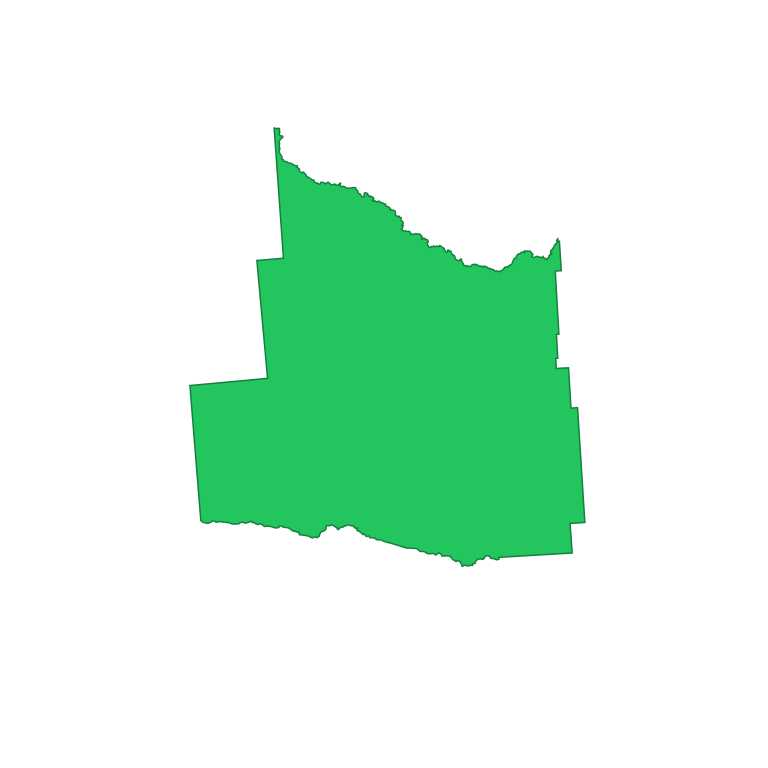 the district of Las Flores, Buenos Aires, Argentina, rotated 42°
{"feature_id": "61730980B33948495129875", "entity_name": "Las Flores", "entity_type": "district", "adm_level": 2, "iso_a3": "ARG", "parent_name": "Argentina", "parent_adm1": "Buenos Aires", "projection": "orthographic", "projection_center": [-59.196, -36.018], "detail": "fine", "context": "isolated", "style": "filled", "palette": "green", "viewbox_px": 768, "rotation_deg": 42, "n_neighbors": 0, "source": "geoboundaries", "source_scale": "gbopen_adm2", "svg_char_len": 6158}
<svg xmlns="http://www.w3.org/2000/svg" viewBox="0 0 768 768"><g transform="rotate(42 384 384)"><path d="M131.1,267.3L225.1,357.8L206.9,377.3L293.7,457.7L240.8,515.0L339.3,608.1L342.1,607.9L346.3,605.5L347.5,603.3L348.3,601.3L348.5,600.1L349.0,599.5L351.6,599.1L352.2,598.1L353.2,597.6L353.9,596.0L357.0,594.2L357.5,593.4L360.0,592.2L361.1,590.9L363.6,590.2L365.6,589.1L369.4,585.4L369.8,584.4L369.6,583.7L370.8,582.0L372.2,580.9L374.1,580.2L376.7,576.0L377.3,574.7L378.2,574.6L378.7,575.1L381.5,573.4L382.4,573.7L384.0,573.1L384.5,572.6L385.0,571.2L386.7,570.1L390.5,569.9L392.3,567.7L394.6,566.0L400.0,563.5L400.8,562.1L401.8,561.3L401.9,560.9L401.3,560.4L401.2,559.8L401.7,559.0L403.5,557.8L404.9,557.9L405.5,557.2L408.1,555.7L409.0,554.9L414.6,554.2L415.3,553.5L416.3,553.4L416.9,552.6L419.1,552.0L419.5,551.1L419.9,551.0L420.3,551.0L421.4,552.5L422.3,552.4L426.0,549.7L430.1,547.3L432.2,547.0L434.1,546.0L434.7,544.0L437.1,543.1L436.9,542.1L437.6,541.3L437.5,540.6L437.8,540.2L436.9,539.1L436.2,536.2L436.2,535.4L437.1,534.8L438.0,532.0L438.0,531.2L437.5,530.0L436.0,528.3L435.9,527.8L437.7,526.5L438.0,525.9L438.8,525.2L439.1,524.0L440.3,523.2L444.7,522.5L445.0,522.1L445.7,522.3L446.5,523.1L447.2,523.0L447.6,521.7L447.5,520.5L447.9,519.2L449.3,517.7L449.6,515.8L450.2,515.5L452.0,512.1L453.9,511.8L455.0,510.8L456.8,509.8L458.1,510.6L459.0,510.0L459.8,510.2L460.7,508.8L461.6,509.7L461.7,510.8L462.1,511.0L463.1,510.2L463.8,510.1L467.8,509.8L468.9,510.1L469.3,508.7L472.9,509.2L474.1,507.3L474.8,507.2L476.5,507.7L477.6,506.4L480.3,504.9L483.5,504.3L484.3,503.1L485.6,502.1L490.2,500.6L492.7,499.2L493.3,499.2L494.1,498.1L494.9,498.1L510.3,490.9L518.2,484.5L520.1,484.2L522.4,484.4L523.1,484.1L525.3,482.1L527.1,481.3L528.0,481.4L530.4,480.7L534.2,476.8L534.8,476.5L535.9,476.7L536.9,476.4L537.4,474.6L537.3,474.0L538.1,472.8L540.3,472.2L542.3,473.1L543.4,471.6L544.2,471.4L544.8,470.2L546.6,469.1L547.0,468.5L548.3,468.2L549.1,467.4L550.2,468.1L553.2,468.4L554.5,468.0L555.9,467.9L556.7,467.2L556.9,465.8L558.1,465.2L560.3,465.5L563.1,466.3L563.8,467.3L564.1,467.2L565.2,464.4L567.9,463.4L569.7,460.8L571.2,459.4L570.1,458.2L571.7,456.4L570.7,454.2L570.8,452.8L571.4,451.1L572.6,449.4L574.7,448.4L575.2,446.3L574.5,445.2L574.4,444.4L575.6,442.4L577.5,441.5L578.9,441.6L579.8,442.2L582.9,440.1L585.2,439.4L586.7,437.3L585.3,436.0L636.9,383.7L615.6,363.1L625.9,352.5L543.7,272.1L539.1,276.8L510.3,248.5L501.6,257.2L494.5,250.1L495.9,248.6L478.9,231.7L480.6,229.9L435.7,185.5L439.9,181.2L418.8,160.5L417.7,161.6L416.1,159.9L416.1,161.7L417.6,162.5L417.9,164.4L417.8,166.1L418.7,168.9L418.6,169.5L419.0,169.9L418.8,171.6L419.1,172.3L418.8,172.7L418.8,173.2L419.2,174.3L420.0,174.7L420.4,175.4L421.3,174.8L421.4,175.0L421.5,175.8L420.9,176.7L420.8,178.2L421.0,178.8L421.8,179.4L421.5,180.2L421.8,180.7L421.5,181.8L421.9,182.4L420.2,183.0L419.4,182.8L418.6,183.4L417.1,182.8L417.2,183.6L416.9,184.3L415.6,184.8L415.4,185.5L415.0,185.8L412.8,186.3L411.9,187.3L411.4,188.9L409.3,190.6L408.3,190.2L408.0,188.1L403.6,187.5L403.2,188.2L401.8,189.0L401.2,189.9L399.3,191.1L399.4,191.5L400.4,192.4L398.9,193.0L398.0,194.3L398.0,195.8L396.9,197.3L396.8,200.4L397.4,201.3L397.6,202.3L396.8,203.4L397.5,206.2L398.8,209.5L398.6,210.9L397.8,211.7L397.9,212.9L397.7,213.8L395.7,216.3L396.0,220.0L395.0,221.9L395.0,223.0L394.1,223.3L393.5,224.1L393.1,224.0L391.9,224.7L391.3,225.8L388.4,225.9L387.2,226.8L385.3,227.3L384.1,228.2L382.6,228.2L380.6,228.8L379.8,229.7L379.0,229.9L378.9,231.2L377.3,231.4L375.9,232.5L373.8,233.2L372.9,233.1L372.0,234.3L371.1,234.4L369.8,236.3L369.5,239.3L368.0,239.8L367.4,240.7L365.9,240.9L364.9,242.0L363.7,242.4L362.2,241.5L359.0,240.6L358.8,240.0L357.7,239.4L357.2,240.5L357.6,241.8L356.3,242.8L353.3,243.5L352.8,243.3L352.0,242.2L350.2,241.6L347.5,242.1L346.0,241.1L344.6,240.6L343.4,241.3L342.0,241.6L341.7,242.0L342.8,243.0L342.6,244.0L342.0,244.4L338.7,243.8L338.0,243.0L335.2,243.6L333.6,243.4L332.7,243.9L332.8,245.1L330.7,246.5L330.2,247.8L328.7,248.1L328.4,249.0L327.1,250.4L327.2,251.4L326.9,251.8L326.0,252.4L324.8,251.8L323.1,251.5L322.5,250.6L321.9,250.6L321.5,250.2L321.8,249.2L321.6,248.6L320.5,248.1L319.4,247.9L317.9,248.9L316.7,248.6L315.8,249.1L315.5,249.8L315.7,251.0L315.3,251.2L314.2,250.7L313.5,249.0L311.0,248.6L309.5,249.1L309.2,249.8L307.0,250.9L305.9,253.2L304.2,253.9L303.5,254.9L302.9,254.3L300.9,253.5L298.9,255.3L297.8,255.7L296.8,257.0L294.9,257.3L293.4,257.3L293.3,255.7L292.2,253.4L291.2,254.3L290.7,251.7L289.0,250.7L287.9,251.2L287.2,251.1L286.5,250.6L285.7,249.0L285.2,249.0L284.2,249.7L283.1,249.2L281.9,250.4L280.4,250.8L278.9,250.6L277.8,248.8L276.0,248.1L275.1,248.2L274.5,249.0L272.9,249.7L272.2,250.4L271.9,249.6L270.4,249.3L268.7,249.4L266.1,250.6L264.8,249.3L263.2,250.3L262.5,250.2L259.5,251.4L258.2,251.4L257.7,251.7L256.7,253.9L254.6,253.9L254.2,255.4L252.4,255.2L252.3,254.7L252.8,254.1L252.3,253.4L252.2,252.8L251.8,252.7L251.2,252.6L249.6,253.3L248.4,253.2L248.0,254.3L247.5,254.6L246.9,254.2L245.7,254.7L245.4,253.9L244.9,253.6L243.7,253.6L242.7,254.3L242.3,254.2L241.7,255.1L243.0,257.3L243.9,258.0L243.8,258.5L242.7,259.5L241.7,259.5L239.5,258.8L239.1,259.3L236.3,259.1L235.4,258.1L232.9,258.1L231.5,257.1L230.7,257.6L230.2,258.5L228.9,259.3L228.1,260.7L224.9,263.6L222.7,263.8L220.7,265.0L219.7,266.3L219.1,266.4L218.5,265.9L217.5,264.0L217.1,263.9L216.9,266.5L215.9,267.8L215.5,268.2L213.8,268.3L212.9,269.3L212.3,270.8L211.7,271.3L207.8,271.3L207.2,271.9L206.4,274.4L204.0,274.8L202.1,276.5L202.8,278.1L202.6,278.8L200.2,279.2L197.9,280.5L197.1,280.4L195.4,279.4L195.1,279.9L193.6,280.4L189.7,280.8L188.0,281.8L186.2,280.8L182.5,280.4L182.1,280.5L182.1,281.7L181.7,282.1L179.2,282.5L178.0,281.8L177.5,280.9L174.2,281.0L173.4,279.9L172.3,281.0L169.8,281.8L167.8,281.9L164.9,283.7L163.0,283.9L160.5,285.5L159.2,284.7L158.1,285.3L157.5,285.2L156.2,283.4L151.3,282.0L150.7,281.5L148.8,278.4L147.4,278.1L145.6,275.3L143.8,274.5L143.4,272.8L143.5,269.5L143.8,268.5L143.2,267.8L142.3,267.8L141.3,268.7L140.4,268.9L138.6,268.2L138.0,266.3L136.3,266.0L136.3,264.8L135.3,264.2L134.3,264.7L133.2,266.3L131.6,266.8L131.1,267.3Z" fill="#22c55e" stroke="#15803d" stroke-width="1.5"/></g></svg>